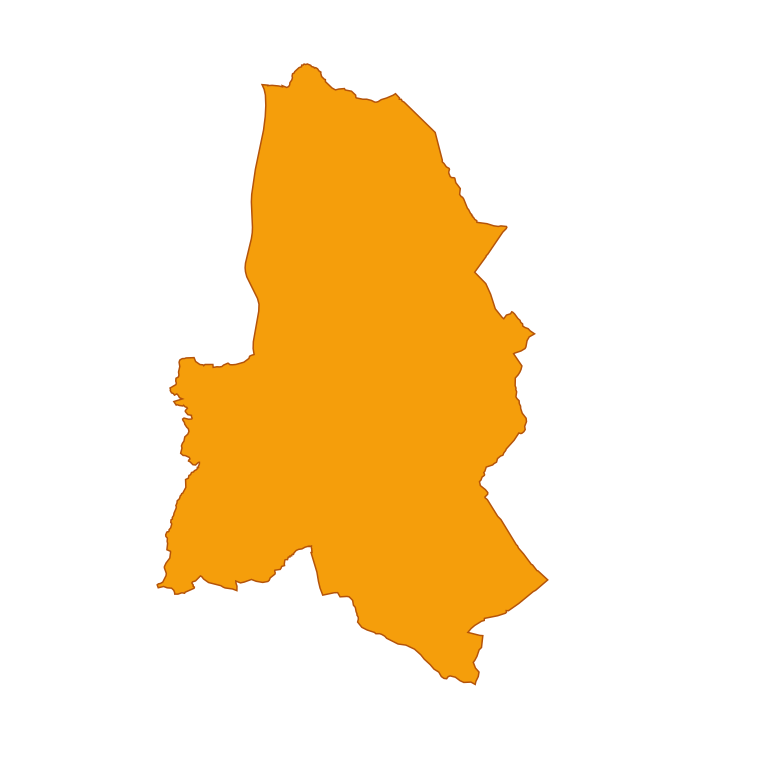 Breaza, Prahova, Romania, rotated 202°
{"feature_id": "2599482B80317007736787", "entity_name": "Breaza", "entity_type": "district", "adm_level": 2, "iso_a3": "ROU", "parent_name": "Romania", "parent_adm1": "Prahova", "projection": "equal_earth", "projection_center": [25.656, 45.184], "detail": "fine", "context": "isolated", "style": "filled", "palette": "amber", "viewbox_px": 768, "rotation_deg": 202, "n_neighbors": 0, "source": "geoboundaries", "source_scale": "gbopen_adm2", "svg_char_len": 6159}
<svg xmlns="http://www.w3.org/2000/svg" viewBox="0 0 768 768"><g transform="rotate(202 384 384)"><path d="M482.1,657.5L483.7,655.2L488.8,650.1L493.1,646.6L495.2,643.6L496.8,642.4L498.1,641.9L501.9,642.2L506.6,641.6L510.3,640.1L516.8,638.9L517.4,639.1L518.5,641.2L523.8,643.3L530.1,642.1L531.4,643.1L536.3,640.6L539.2,638.5L543.1,639.0L551.6,642.4L552.4,644.3L553.4,644.2L557.0,645.7L559.4,648.9L559.3,649.5L561.7,650.0L563.7,651.4L565.8,651.7L566.9,650.9L567.7,651.5L570.1,651.2L571.3,652.0L575.0,652.0L576.2,650.9L578.0,650.7L578.4,649.5L579.8,648.8L579.3,647.3L581.3,645.5L583.8,640.2L583.8,638.8L585.0,637.4L584.6,635.1L583.6,633.6L583.4,631.3L584.1,628.2L583.5,625.9L583.9,624.0L584.7,623.1L585.3,622.5L590.2,622.5L589.5,621.5L593.2,620.9L599.6,619.0L603.5,617.1L603.6,617.6L609.2,615.9L605.5,612.3L602.2,607.5L597.9,597.9L594.3,587.5L590.8,574.3L583.7,535.0L577.7,510.3L575.2,503.2L564.6,479.9L562.8,474.9L561.4,469.0L557.7,444.2L556.3,439.7L554.5,436.2L551.4,432.0L533.3,415.9L529.8,411.2L527.4,404.6L521.0,374.3L518.6,367.8L515.5,362.7L517.7,360.9L519.0,359.4L518.8,357.1L522.1,351.7L528.7,346.6L531.8,345.0L534.1,344.2L536.2,344.9L536.7,344.7L539.9,341.4L540.8,339.5L542.9,338.2L545.3,337.4L548.6,335.4L550.0,338.0L557.3,335.0L558.0,333.4L558.9,334.0L562.0,333.1L567.1,334.3L570.0,337.3L577.3,334.0L578.5,332.9L580.5,332.0L582.2,330.0L582.3,328.6L582.1,327.3L579.9,323.7L579.0,318.1L577.6,315.7L577.3,314.4L577.4,313.3L579.0,311.4L578.2,308.7L576.9,307.1L576.7,305.5L580.9,300.1L580.1,299.3L579.7,297.8L577.7,296.2L575.7,296.2L574.1,295.2L572.4,297.2L570.5,296.4L568.5,294.7L565.3,294.7L572.3,289.0L568.8,286.6L568.3,287.3L565.8,287.4L562.2,288.3L561.9,289.2L559.7,288.3L558.1,288.5L557.2,287.9L558.2,285.1L557.9,284.0L554.4,282.1L550.8,282.8L550.2,281.4L549.1,280.5L549.2,279.5L552.0,278.1L556.7,277.5L557.6,276.0L556.7,274.9L554.7,273.6L553.6,272.0L550.7,270.0L548.8,269.3L547.1,267.0L547.1,264.1L548.9,260.3L548.1,256.2L548.7,253.4L548.6,250.7L547.3,248.9L546.6,243.6L543.5,242.5L541.5,243.2L537.0,243.0L535.8,241.8L536.6,240.1L536.4,239.3L534.7,239.2L530.9,237.6L528.4,238.3L527.0,241.3L526.2,242.2L525.8,242.3L525.2,240.7L525.3,237.8L524.8,237.2L525.8,236.7L525.2,235.8L526.3,233.6L527.3,232.7L527.6,231.2L529.3,229.8L529.4,227.4L530.6,226.1L530.1,223.4L532.2,221.1L529.0,213.9L529.7,207.4L530.5,206.6L530.5,205.1L531.0,204.1L530.7,201.0L532.0,198.2L531.4,196.2L531.4,193.2L530.6,192.4L530.2,191.0L530.3,185.6L529.8,183.2L530.3,181.0L529.6,179.5L530.6,178.3L529.8,175.7L528.8,175.3L528.3,174.3L527.9,170.7L528.7,168.4L528.2,167.2L528.7,166.1L529.6,165.8L529.9,165.0L529.9,162.3L529.1,160.9L527.2,160.0L526.8,159.2L526.2,157.0L524.9,155.1L523.2,149.0L519.3,148.9L518.9,148.2L517.4,142.4L519.0,136.4L519.2,132.5L518.8,131.3L514.9,126.9L514.3,124.7L514.9,117.5L516.6,115.3L518.3,114.2L519.1,112.8L517.0,110.5L512.5,113.7L508.7,113.8L504.5,115.1L501.7,114.0L500.2,112.4L499.3,110.8L496.3,112.0L493.2,114.7L490.5,115.3L490.4,116.4L483.6,123.4L483.7,124.6L485.3,125.1L485.5,126.1L487.5,127.4L487.6,128.1L487.3,128.9L485.0,130.8L482.3,137.3L480.8,137.1L478.2,135.6L472.3,134.2L459.7,135.9L456.9,135.4L454.9,135.4L447.7,137.2L443.0,137.3L444.6,141.5L446.7,144.0L447.6,145.8L442.6,145.8L439.4,148.0L433.7,153.1L428.6,153.2L422.1,154.6L417.7,157.4L416.9,159.0L416.9,161.6L413.9,166.9L414.1,168.1L415.4,169.8L415.4,170.5L410.8,173.2L410.4,175.2L410.6,176.5L408.2,178.4L409.0,179.7L410.0,183.6L409.3,184.4L407.7,185.0L407.9,187.5L406.5,188.5L407.0,188.9L406.9,189.3L405.2,190.1L405.4,191.3L405.2,191.8L404.1,192.1L404.2,193.5L403.1,196.7L401.2,198.7L398.3,200.4L396.0,203.2L392.8,205.6L392.5,205.2L390.6,206.6L390.0,204.8L389.5,204.5L387.7,200.8L388.5,200.4L375.7,184.4L370.8,176.4L366.9,170.9L361.7,165.3L352.0,171.8L348.8,173.2L345.0,170.2L338.7,173.2L336.5,173.6L332.0,171.6L329.5,167.5L326.9,166.1L324.6,162.5L322.9,160.7L322.6,159.7L320.5,158.1L319.7,156.3L319.3,153.4L313.4,150.1L307.5,149.6L299.8,150.1L298.0,149.4L294.7,150.8L292.6,151.0L288.9,150.5L286.2,149.2L273.6,148.2L266.0,150.1L256.4,149.6L248.4,146.7L243.7,144.0L236.0,141.1L230.9,138.4L225.3,137.4L221.2,134.2L218.1,133.5L215.5,134.2L214.9,136.7L213.4,138.1L208.0,138.9L202.3,137.4L198.2,137.2L191.7,140.2L186.9,139.6L187.4,142.6L187.0,148.1L188.0,152.5L192.8,154.9L197.0,159.4L196.3,161.8L195.8,166.3L196.2,173.2L194.9,176.2L198.1,187.7L201.0,186.8L213.2,185.1L211.6,190.0L209.4,194.2L204.7,200.6L202.5,202.3L203.1,204.3L191.8,211.7L185.5,217.0L185.0,218.3L185.8,219.7L183.7,220.4L176.8,231.0L167.9,247.4L166.1,249.6L158.8,263.7L171.2,268.4L172.3,268.3L178.5,271.9L179.9,272.0L190.9,278.7L197.8,282.2L199.8,284.1L201.1,284.5L224.8,302.1L229.0,303.9L244.9,315.5L247.7,316.4L248.1,317.0L246.6,320.6L247.1,322.2L250.3,324.0L256.6,325.9L258.9,329.2L258.1,331.3L258.2,334.4L256.7,336.9L256.9,337.8L258.3,339.3L257.8,340.9L258.1,345.3L252.9,349.7L252.3,351.2L250.4,353.7L250.8,357.4L248.9,360.9L247.1,362.5L247.1,365.1L246.3,367.8L246.3,369.6L242.3,380.6L240.6,389.1L238.6,389.3L237.7,390.0L236.5,392.1L236.0,394.6L237.7,397.4L237.8,402.5L239.4,405.5L244.9,408.7L248.1,412.5L249.1,414.7L251.1,416.4L252.5,419.1L255.3,420.3L256.9,421.6L258.1,426.5L259.7,428.2L260.1,429.7L261.8,431.6L264.5,438.8L263.1,442.6L262.5,445.8L262.4,448.9L262.9,452.4L275.2,460.6L274.4,461.6L269.3,466.0L266.5,469.7L266.3,471.5L267.6,477.8L267.0,482.1L263.2,486.9L268.3,488.0L271.1,489.3L274.5,489.2L277.0,489.7L278.1,491.7L280.2,492.3L281.8,494.0L284.4,494.9L289.2,497.9L291.6,498.8L292.6,498.8L293.0,496.5L296.3,493.8L297.4,489.4L299.4,490.0L309.0,495.4L318.8,507.2L327.2,515.2L341.8,521.6L337.1,540.4L337.3,541.3L336.5,542.9L330.8,569.2L328.9,573.8L328.8,575.3L329.5,575.9L334.8,574.4L337.0,572.9L341.4,571.8L348.6,571.2L358.4,568.7L359.2,570.2L361.5,570.6L363.4,572.0L364.6,572.3L364.8,572.9L365.9,573.2L366.1,574.0L367.7,574.6L370.9,577.4L372.5,578.2L379.4,585.4L381.2,586.6L382.5,586.6L384.9,588.1L386.5,593.8L392.9,597.6L395.4,601.3L396.3,601.5L398.6,600.7L400.3,601.1L403.0,603.9L403.5,605.4L403.7,607.5L404.4,608.3L407.6,608.7L410.9,610.9L413.2,611.8L413.8,613.4L430.8,636.4L471.0,652.9L473.2,653.1L474.5,654.4L476.5,653.8L476.8,655.0L482.1,657.5Z" fill="#f59e0b" stroke="#b45309" stroke-width="1.5"/></g></svg>